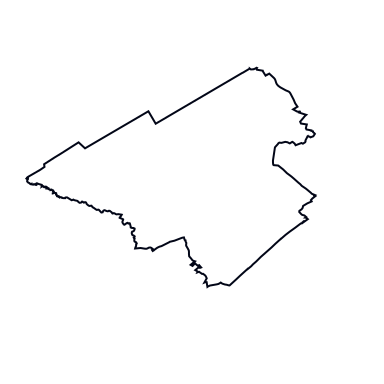 Gaviezes pag., Grobinas, Latvia (Natural Earth projection), rotated 150°
{"feature_id": "27541924B56767178281632", "entity_name": "Gaviezes pag.", "entity_type": "district", "adm_level": 2, "iso_a3": "LVA", "parent_name": "Latvia", "parent_adm1": "Grobinas", "projection": "natural_earth1", "projection_center": [21.351, 56.477], "detail": "fine", "context": "isolated", "style": "outline", "palette": "ink", "viewbox_px": 384, "rotation_deg": 150, "n_neighbors": 0, "source": "geoboundaries", "source_scale": "gbopen_adm2", "svg_char_len": 5961}
<svg xmlns="http://www.w3.org/2000/svg" viewBox="0 0 384 384"><g transform="rotate(150 192 192)"><path d="M229.6,129.6L228.5,127.7L225.0,128.7L225.0,128.4L223.8,125.0L222.4,125.1L221.8,122.1L223.0,122.3L224.2,123.4L228.2,122.7L227.4,121.4L227.1,120.6L227.2,119.9L227.5,119.7L225.8,119.4L224.2,116.0L223.3,115.6L222.3,113.1L222.2,111.9L222.4,109.9L226.5,107.4L225.8,107.3L224.4,106.6L226.1,102.1L225.1,102.2L223.2,102.0L216.9,99.7L215.3,99.2L213.8,99.1L212.4,99.2L211.6,97.5L209.8,95.5L208.3,94.3L207.0,92.9L206.2,92.3L197.5,94.2L192.5,95.4L182.3,97.6L182.3,97.4L177.9,98.1L175.3,98.9L171.2,99.7L164.8,101.4L150.9,104.2L145.6,105.5L138.6,107.0L138.6,106.9L132.4,108.1L127.2,108.8L120.2,109.5L113.9,110.3L113.0,110.3L112.6,109.9L112.0,109.9L111.2,110.1L111.2,110.5L110.5,110.6L110.1,110.8L109.7,110.8L109.6,110.3L110.2,110.3L110.4,110.1L105.3,110.6L106.2,112.8L106.6,113.1L105.6,113.2L106.4,115.5L108.0,117.1L108.3,117.7L108.6,118.8L109.1,121.1L108.4,122.0L105.8,122.2L104.3,122.8L102.7,124.4L97.7,124.5L93.1,124.0L93.1,125.5L91.0,126.2L87.5,126.7L88.1,127.5L88.1,127.8L87.0,127.8L89.2,130.7L89.4,131.8L91.2,136.7L91.8,138.2L93.9,142.5L94.3,144.5L95.2,146.9L97.1,152.7L98.2,155.8L100.4,160.9L101.8,166.0L104.1,171.8L107.8,174.4L108.0,175.0L107.3,176.7L106.2,178.7L98.0,189.0L97.6,189.3L93.6,190.6L92.9,191.0L91.7,191.1L89.9,189.8L86.2,188.8L84.4,187.3L83.2,185.4L83.0,185.2L80.2,185.3L79.9,185.2L78.9,182.6L78.9,180.7L72.7,179.7L71.8,178.4L69.2,178.5L68.5,178.9L68.2,179.6L67.4,180.3L64.5,182.1L64.3,182.4L63.6,182.5L63.6,182.1L62.4,181.0L62.1,180.1L59.1,179.6L56.5,180.9L56.7,182.0L57.2,183.1L57.2,183.5L56.9,184.0L58.1,185.3L59.0,186.6L58.9,186.6L61.6,188.9L61.5,190.3L60.4,191.5L58.8,193.1L63.4,196.8L63.2,198.8L56.1,201.4L54.5,201.7L59.4,207.1L58.4,207.5L58.4,207.8L59.9,208.4L60.8,209.2L63.1,213.0L58.0,213.1L58.3,217.2L57.8,221.2L57.5,228.2L57.6,229.4L57.8,230.1L58.1,230.7L60.0,233.2L63.2,238.5L64.0,240.3L64.3,241.1L64.6,242.8L64.6,243.6L64.5,244.5L63.9,247.2L63.8,248.5L64.0,249.7L65.9,255.9L68.5,255.9L68.5,256.1L70.1,256.0L70.3,261.4L70.1,261.7L74.7,265.5L74.6,266.4L74.3,266.8L73.7,267.0L73.9,267.3L75.3,267.3L76.8,267.4L76.8,267.5L77.6,267.7L78.8,268.2L79.8,268.8L80.3,270.1L80.5,269.8L80.9,270.0L88.4,269.9L88.9,270.0L189.3,269.3L189.4,283.7L262.8,283.3L265.4,291.7L286.0,290.8L293.9,290.6L306.2,290.0L307.2,287.5L312.5,287.1L326.6,287.1L327.2,287.0L327.0,286.4L327.0,286.2L327.5,286.0L328.2,286.5L328.7,286.4L328.6,286.0L328.4,285.6L327.7,285.5L327.5,285.4L327.6,285.2L328.6,284.7L329.4,283.8L329.5,283.4L329.3,283.0L329.2,282.2L328.7,281.4L328.4,281.1L328.2,280.1L328.1,279.9L327.3,279.6L327.6,279.4L327.6,279.2L326.5,278.4L326.4,278.2L325.6,278.1L325.4,277.5L325.2,277.4L324.0,277.4L323.7,277.1L323.8,276.4L323.5,276.0L322.9,276.0L322.5,276.6L322.3,277.2L322.1,277.2L321.9,277.1L321.6,276.6L320.7,275.5L318.7,273.5L318.8,273.4L318.7,273.1L319.1,272.8L319.2,272.6L318.5,272.6L318.4,272.3L319.1,271.8L318.6,271.8L317.9,271.4L317.8,270.8L318.0,270.7L317.7,270.1L317.3,270.0L317.1,270.2L316.7,270.2L315.7,269.6L315.5,269.2L315.8,269.1L316.0,269.2L316.3,269.0L316.1,268.8L316.1,268.6L316.3,268.4L316.4,267.9L316.0,267.9L315.8,268.1L315.4,268.3L315.1,268.1L314.5,267.1L315.0,266.9L315.1,266.7L314.8,266.2L314.5,265.9L313.9,265.2L313.8,264.8L313.5,264.6L313.6,264.4L313.3,264.3L312.9,264.6L312.6,264.5L312.5,264.4L312.6,264.0L311.6,263.1L311.5,262.8L311.6,262.6L312.0,262.2L311.4,261.5L311.5,261.0L311.7,260.9L312.5,260.6L313.2,260.6L313.3,260.4L313.0,260.3L312.0,260.2L311.1,259.7L310.4,259.2L310.5,258.8L310.4,258.7L311.0,257.9L310.5,257.5L310.5,257.4L310.7,256.9L310.9,256.7L310.9,256.4L310.8,256.1L311.0,255.8L310.9,255.6L309.9,255.4L309.4,254.8L309.3,254.6L309.7,254.2L309.2,253.8L309.4,253.6L309.4,253.4L308.5,253.3L308.0,252.9L307.9,252.7L307.5,252.5L307.4,252.2L307.5,251.9L306.5,251.0L304.9,250.1L304.6,250.4L304.4,250.5L303.2,250.0L302.9,249.8L300.3,245.0L298.5,244.7L298.2,244.0L296.9,242.7L296.3,242.2L295.6,241.5L295.4,240.3L294.8,238.9L293.5,238.3L292.7,238.4L292.1,238.7L291.9,238.6L291.6,238.3L291.1,237.0L290.9,236.8L290.0,236.8L289.2,236.3L289.0,235.7L289.2,234.6L289.2,234.3L288.8,233.0L288.3,231.8L287.5,231.0L286.2,230.6L285.9,230.4L285.7,228.4L285.3,228.0L283.7,224.5L283.4,224.1L283.0,223.9L282.1,223.7L281.6,223.2L280.8,219.6L280.7,219.5L280.1,219.4L279.6,219.1L279.4,219.2L278.5,219.9L278.1,220.1L277.2,220.1L276.7,219.9L275.8,218.6L274.9,217.6L274.4,217.3L273.3,217.3L272.6,216.7L272.3,215.8L271.8,214.9L271.7,213.7L271.7,213.3L271.6,213.1L271.2,212.9L270.7,213.0L270.3,212.8L269.7,212.2L269.1,211.0L268.6,210.4L266.8,209.6L264.3,207.6L264.2,207.5L264.8,207.1L266.5,206.3L267.4,206.1L267.6,205.8L265.9,203.6L265.7,203.2L265.4,203.0L265.3,202.7L265.7,202.2L267.0,201.2L267.3,200.8L267.5,199.9L267.4,198.8L267.2,198.2L267.3,198.0L267.0,197.5L266.7,197.4L264.1,197.7L263.6,197.6L263.2,197.5L263.1,196.8L262.8,196.4L262.1,196.4L261.6,196.1L261.6,195.7L262.0,194.1L262.2,193.6L262.4,192.5L262.7,192.2L262.8,191.9L262.1,191.0L260.7,190.1L260.5,189.7L260.0,189.2L260.0,188.9L260.2,188.6L261.0,187.9L261.5,187.5L262.4,187.3L263.6,187.6L264.0,187.4L264.4,187.0L264.8,186.4L265.1,185.2L265.1,184.4L265.0,184.2L264.3,183.6L263.8,182.2L264.1,181.9L265.3,181.6L265.3,181.0L265.0,180.5L265.0,180.3L265.3,180.1L266.0,179.3L266.5,178.0L266.2,177.5L266.0,176.6L265.5,176.3L265.6,175.0L265.9,174.8L266.4,174.7L266.8,174.3L267.2,173.5L267.4,173.2L268.4,172.5L268.6,172.4L269.5,171.5L264.5,169.2L261.7,166.9L260.8,166.2L259.7,165.6L258.7,165.4L257.3,165.4L256.0,164.9L255.1,163.9L254.7,162.7L254.4,162.3L254.4,161.9L255.6,161.8L255.5,160.6L254.9,160.7L254.6,160.5L253.1,160.8L249.8,161.1L247.4,160.9L245.5,160.4L236.9,159.9L236.2,160.0L231.5,158.6L223.4,157.3L221.7,156.7L222.1,155.1L222.3,154.2L222.1,153.6L221.8,153.3L222.3,152.5L222.4,150.7L223.5,149.2L223.9,148.4L223.9,145.0L224.0,143.0L224.6,141.6L225.6,139.9L226.6,137.7L226.0,134.7L225.8,132.9L225.3,131.8L224.1,130.5L229.6,129.6Z" fill="none" stroke="#020617" stroke-width="2"/></g></svg>